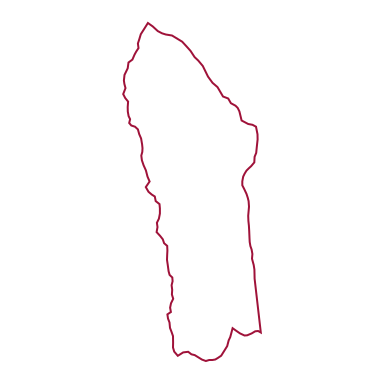 the district of Ouroeste, São Paulo, Brazil
{"feature_id": "56859067B2598348213276", "entity_name": "Ouroeste", "entity_type": "district", "adm_level": 2, "iso_a3": "BRA", "parent_name": "Brazil", "parent_adm1": "São Paulo", "projection": "equal_earth", "projection_center": [-50.408, -19.922], "detail": "fine", "context": "isolated", "style": "outline", "palette": "rose", "viewbox_px": 384, "rotation_deg": 0, "n_neighbors": 0, "source": "geoboundaries", "source_scale": "gbopen_adm2", "svg_char_len": 2013}
<svg xmlns="http://www.w3.org/2000/svg" viewBox="0 0 384 384"><path d="M147.9,23.0L144.0,29.2L140.8,34.2L139.3,39.2L137.9,43.5L138.5,48.1L136.2,51.6L134.6,54.5L132.4,59.6L128.5,62.5L127.7,68.3L124.5,74.9L123.9,80.5L124.4,84.0L125.5,88.1L123.2,94.1L125.2,98.0L128.1,101.6L127.7,107.1L127.8,111.6L128.6,116.1L130.1,119.2L129.2,123.0L131.3,125.5L135.0,126.7L137.9,129.4L139.2,134.1L141.1,138.5L142.1,144.4L142.5,148.2L142.3,151.9L141.3,155.6L141.9,160.3L143.6,165.3L145.9,170.4L147.5,176.6L149.6,181.5L145.8,187.1L148.5,191.8L151.8,194.6L154.8,196.5L155.7,201.1L159.5,204.1L159.9,208.4L159.9,213.6L158.9,218.7L156.9,222.8L157.5,227.1L156.6,232.1L160.2,236.0L162.8,239.3L164.1,243.2L167.2,245.9L167.4,250.7L167.2,254.4L167.0,259.8L167.8,265.3L168.6,271.3L169.6,274.9L172.3,277.5L172.6,281.2L171.6,285.2L172.2,289.9L171.9,294.5L173.2,298.8L171.0,303.3L170.1,307.7L170.9,312.0L167.4,314.4L168.0,318.5L169.5,322.5L170.0,327.9L171.5,331.8L173.0,336.1L173.1,342.8L173.0,347.5L174.2,351.6L177.8,355.8L183.2,352.4L188.2,351.8L191.4,354.3L194.7,355.1L202.0,359.6L205.8,361.0L209.2,360.0L212.4,360.0L215.3,359.5L217.8,358.0L221.2,355.7L223.9,351.4L227.2,346.1L228.7,340.3L230.2,337.2L231.1,333.9L232.6,328.2L236.1,330.7L240.0,333.4L244.5,335.5L247.2,335.3L251.7,333.4L255.2,331.3L258.1,331.0L260.8,332.5L254.6,278.6L254.5,273.4L254.4,269.5L253.7,265.0L252.0,258.7L252.4,254.0L251.6,249.5L250.4,246.1L249.7,242.0L249.5,238.1L249.2,230.9L248.9,225.7L248.4,220.9L248.2,215.8L249.0,206.7L248.6,201.2L247.8,197.9L246.5,193.9L244.2,189.0L242.3,185.3L242.3,181.3L243.2,176.6L244.7,173.5L246.5,170.6L248.7,168.4L251.2,166.1L254.3,162.4L254.6,156.8L256.2,152.9L256.8,146.9L257.6,139.5L257.5,134.3L256.0,126.7L252.5,124.8L248.2,124.0L241.6,120.5L239.4,111.4L237.7,107.9L235.5,105.7L230.9,103.2L228.2,98.5L223.0,96.5L217.5,87.1L212.5,82.8L208.0,76.6L202.8,66.0L198.2,60.5L194.6,57.1L190.6,51.0L187.7,47.7L182.2,41.7L172.0,35.5L165.8,34.5L162.0,33.3L157.8,31.1L152.7,26.4L147.9,23.0Z" fill="none" stroke="#9f1239" stroke-width="2"/></svg>